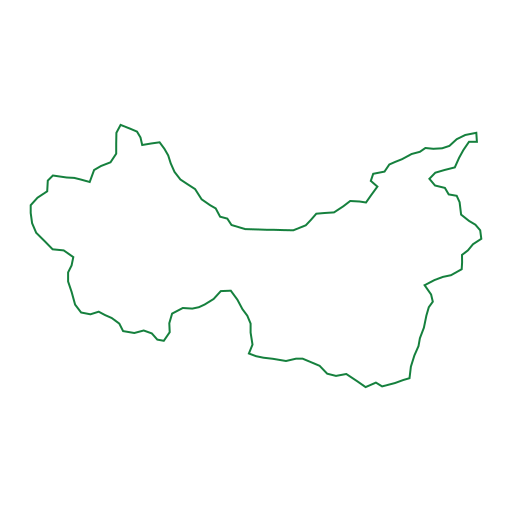 the district of Franco da Rocha, São Paulo, Brazil
{"feature_id": "56859067B24689122689137", "entity_name": "Franco da Rocha", "entity_type": "district", "adm_level": 2, "iso_a3": "BRA", "parent_name": "Brazil", "parent_adm1": "São Paulo", "projection": "orthographic", "projection_center": [-46.732, -23.313], "detail": "fine", "context": "isolated", "style": "outline", "palette": "green", "viewbox_px": 512, "rotation_deg": 0, "n_neighbors": 0, "source": "geoboundaries", "source_scale": "gbopen_adm2", "svg_char_len": 2057}
<svg xmlns="http://www.w3.org/2000/svg" viewBox="0 0 512 512"><path d="M409.5,378.2L410.9,366.6L414.4,355.4L418.5,346.1L419.9,338.2L423.9,327.7L426.4,315.5L428.8,307.2L432.8,301.7L431.1,294.5L424.6,285.2L434.6,280.0L442.9,276.9L451.0,275.2L461.7,269.2L462.1,262.4L462.0,254.9L467.9,250.4L473.0,244.2L481.3,238.8L480.2,230.3L475.4,224.7L469.0,220.9L461.1,214.6L459.6,202.2L456.7,195.8L448.7,194.4L444.9,187.9L435.0,185.5L429.4,178.8L435.3,172.7L444.5,170.0L454.8,167.4L459.1,157.8L463.4,150.0L469.0,141.8L476.9,141.8L476.3,132.8L465.2,135.0L456.7,139.2L449.4,145.9L442.1,148.3L433.3,148.8L425.4,148.0L419.9,151.8L411.6,154.0L402.0,159.2L395.2,161.9L389.3,164.5L384.5,171.6L373.2,173.8L370.8,180.9L377.4,186.6L371.1,195.2L366.0,202.5L359.5,201.5L350.2,201.0L343.3,206.3L334.0,212.4L324.6,213.0L316.3,213.7L311.0,219.8L305.8,225.3L293.3,230.3L283.4,230.1L273.6,229.8L267.0,229.8L258.9,229.5L245.2,229.1L231.5,225.0L227.3,218.6L220.1,216.7L215.7,208.4L210.1,205.2L201.6,199.3L195.1,189.1L187.2,184.0L180.4,179.5L174.5,171.9L170.7,163.3L168.2,155.4L164.4,148.8L159.6,142.3L151.1,143.5L142.2,145.0L140.5,137.5L137.0,131.6L130.9,129.0L120.6,124.9L116.4,132.8L116.2,143.5L116.2,153.7L110.5,162.3L101.0,166.0L94.1,170.0L89.7,182.0L80.7,179.5L74.2,177.9L66.7,177.5L59.7,176.5L52.9,175.5L47.8,180.6L47.2,191.3L37.5,197.7L30.7,205.2L30.7,213.0L32.1,223.2L36.2,232.8L45.1,241.6L52.6,249.3L63.7,250.4L73.3,257.1L71.6,265.4L68.1,272.4L68.1,281.5L71.6,291.9L75.1,304.6L81.1,312.5L90.4,314.3L98.7,311.7L105.1,315.1L111.7,318.0L119.3,323.6L123.1,331.1L134.3,333.0L143.7,330.5L151.8,333.4L157.3,339.6L163.8,340.8L169.7,332.2L169.3,323.2L172.1,313.6L182.8,308.0L192.3,308.6L198.9,307.2L204.7,304.5L213.6,299.0L220.8,291.1L230.8,290.7L237.4,299.7L242.4,309.1L247.3,315.7L250.6,323.6L250.6,332.6L252.5,344.6L248.9,353.5L256.1,356.2L263.4,357.7L272.9,358.8L286.0,361.0L295.9,358.7L302.7,358.7L319.6,365.8L327.2,373.7L336.0,375.9L346.3,374.0L357.3,381.3L365.6,387.1L375.9,382.6L382.1,386.4L395.1,383.0L403.3,380.0L409.5,378.2Z" fill="none" stroke="#15803d" stroke-width="2"/></svg>